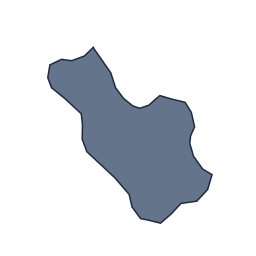 Mullsjö, Västra Götaland, Sweden (Mercator projection), rotated 133°
{"feature_id": "70781695B30148016618551", "entity_name": "Mullsjö", "entity_type": "district", "adm_level": 2, "iso_a3": "SWE", "parent_name": "Sweden", "parent_adm1": "Västra Götaland", "projection": "mercator", "projection_center": [13.852, 57.962], "detail": "fine", "context": "isolated", "style": "filled", "palette": "slate", "viewbox_px": 256, "rotation_deg": 133, "n_neighbors": 0, "source": "geoboundaries", "source_scale": "gbopen_adm2", "svg_char_len": 679}
<svg xmlns="http://www.w3.org/2000/svg" viewBox="0 0 256 256"><g transform="rotate(133 128 128)"><path d="M185.7,57.0L182.3,51.6L175.4,39.3L161.6,37.8L147.0,37.8L134.7,27.8L118.6,27.8L114.1,30.1L104.8,34.7L107.1,45.4L104.0,60.8L97.1,72.3L91.0,76.9L81.8,80.0L73.4,92.3L70.3,103.8L77.2,116.0L82.1,125.9L82.6,126.8L87.9,127.5L97.1,128.3L105.6,132.9L108.6,139.8L109.4,151.3L107.1,164.4L99.4,178.2L95.6,195.8L93.3,206.6L92.6,208.4L105.1,209.0L117.1,215.0L123.1,223.4L135.1,228.2L145.9,221.0L148.3,216.2L150.7,211.4L149.5,193.4L149.5,171.9L156.7,163.5L167.4,153.9L173.4,141.9L173.4,103.5L175.8,81.9L183.0,71.2L185.7,57.0Z" fill="#64748b" stroke="#1e293b" stroke-width="1.5"/></g></svg>